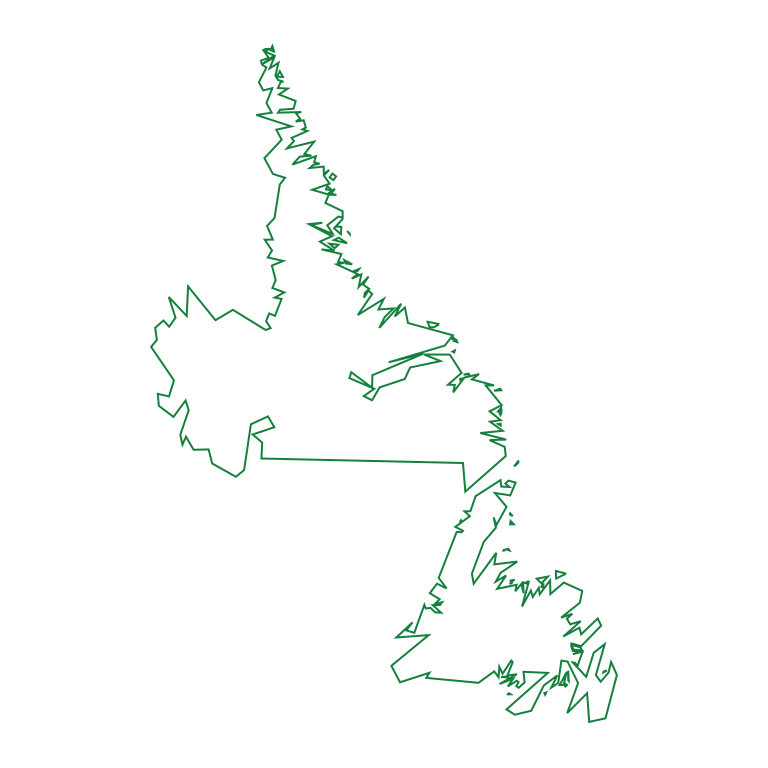 an SVG outline of Newfoundland and Labrador
{"feature_id": "CAN-686", "entity_name": "Newfoundland and Labrador", "entity_type": "Province", "adm_level": 1, "iso_a3": "CAN", "parent_name": "Canada", "parent_adm1": "", "projection": "orthographic", "projection_center": [-58.847, 53.496], "detail": "fine", "context": "isolated", "style": "outline", "palette": "green", "viewbox_px": 768, "rotation_deg": 0, "n_neighbors": 0, "source": "natural_earth", "source_scale": "10m", "svg_char_len": 6135}
<svg xmlns="http://www.w3.org/2000/svg" viewBox="0 0 768 768"><path d="M271.1,48.8L274.5,52.0L268.5,49.1L265.3,51.6L274.2,55.6L262.6,63.8L274.1,57.6L269.7,68.4L278.5,62.7L275.4,75.7L278.0,79.9L283.5,81.7L280.7,82.0L278.0,88.0L287.8,88.6L279.0,94.5L295.7,101.0L293.6,108.7L280.0,109.8L278.1,112.7L301.3,112.0L295.9,113.2L300.1,118.8L295.7,121.6L303.7,120.3L305.8,127.6L302.4,129.4L307.4,131.0L291.6,137.9L294.0,141.1L287.0,148.4L314.2,141.6L304.4,154.0L311.4,155.7L299.8,156.6L292.4,164.6L315.9,156.2L314.1,162.2L319.6,163.8L313.5,164.8L309.7,168.0L323.7,166.6L323.9,175.6L329.6,183.7L312.2,189.8L328.8,194.6L325.4,203.0L342.6,211.2L342.7,217.8L338.5,216.5L327.3,225.2L332.8,234.0L311.1,224.9L322.4,222.7L308.9,224.1L332.0,236.2L319.9,241.6L334.4,250.7L321.4,249.4L341.4,254.0L338.1,262.0L344.1,262.9L336.6,264.3L357.8,274.1L351.7,278.6L361.3,274.4L358.7,287.0L368.6,276.5L363.1,284.5L369.2,288.9L364.9,292.9L364.0,297.6L368.5,290.6L372.2,294.0L357.8,315.0L383.8,298.9L378.4,309.5L393.5,308.4L384.8,316.9L379.3,327.9L401.1,303.7L394.8,316.5L404.9,307.5L408.0,323.0L452.8,335.3L444.8,345.6L388.7,362.3L423.7,353.5L372.4,375.2L372.1,387.8L351.3,372.2L349.4,378.1L374.2,388.8L363.8,396.1L372.1,400.3L379.6,387.4L404.8,379.0L410.1,367.5L440.4,361.1L424.1,354.5L449.8,354.6L461.6,372.9L448.0,384.7L454.8,384.9L453.2,392.4L464.4,377.6L479.0,374.1L471.9,379.4L494.0,385.4L485.7,385.5L501.7,405.1L489.6,411.3L500.7,420.2L490.0,421.7L502.6,430.8L480.3,433.0L506.2,439.6L489.6,440.1L504.7,446.9L505.8,456.0L465.3,491.6L463.0,463.0L261.4,458.5L262.2,442.6L252.7,434.5L274.3,427.2L268.0,416.4L250.9,424.3L244.1,470.1L235.9,476.8L212.2,463.5L208.6,449.4L193.6,449.8L186.0,436.7L182.5,444.6L180.3,434.8L188.7,410.2L185.6,400.5L173.5,416.9L158.8,405.8L157.8,393.9L169.0,396.4L174.0,380.4L151.1,346.9L156.9,339.9L155.2,327.9L163.4,320.5L169.2,326.7L175.5,317.7L168.8,297.0L186.7,316.0L188.1,286.4L215.5,320.2L232.9,309.8L265.6,330.0L270.6,328.1L266.1,321.1L269.2,313.5L275.0,315.8L281.6,298.9L274.7,297.6L284.3,292.4L272.4,288.0L275.7,280.2L271.9,265.6L283.2,260.9L267.8,257.5L272.0,250.5L264.8,239.7L272.8,239.6L267.1,225.9L274.5,218.0L279.8,184.5L285.1,177.8L273.0,174.0L264.4,158.2L281.7,139.7L276.3,129.7L291.3,126.4L256.4,115.0L271.7,112.7L266.4,103.0L272.3,88.2L263.2,90.4L258.9,82.3L266.4,67.5L262.0,64.6L260.9,60.6L268.7,57.8L263.3,50.1L265.4,49.0L271.1,48.8ZM616.9,675.0L605.5,718.3L589.2,721.9L587.1,693.2L567.2,713.1L578.1,683.1L567.6,661.6L561.4,660.6L558.2,683.1L551.3,687.6L557.3,675.4L543.8,685.5L531.2,710.8L514.8,714.7L506.5,709.4L547.8,672.9L523.5,671.8L524.6,682.5L518.5,687.8L516.2,686.0L518.6,682.2L516.8,680.7L507.8,686.4L513.2,678.7L499.5,684.0L516.9,674.2L507.4,675.5L512.7,662.2L511.3,660.6L502.6,673.7L499.3,666.8L498.6,677.2L494.2,671.4L478.5,682.8L426.3,677.9L429.4,672.8L400.0,682.3L391.4,665.8L428.7,635.1L396.3,637.5L412.5,622.4L406.3,630.4L414.3,632.8L424.4,604.8L425.8,608.5L430.4,607.8L435.2,612.4L441.1,612.7L432.9,605.2L440.1,605.0L442.1,602.2L434.7,604.2L439.6,599.2L429.8,593.2L437.0,583.7L446.7,588.5L438.7,577.9L456.7,531.9L461.6,532.3L463.0,530.8L455.3,526.9L469.8,516.2L464.5,511.3L470.4,511.2L475.6,496.2L500.5,480.1L501.3,486.6L509.5,487.0L505.4,483.5L508.5,480.6L515.6,482.6L510.3,495.4L494.9,493.0L506.5,506.8L496.4,525.1L493.6,517.4L495.9,527.7L483.8,541.8L471.9,573.6L473.7,583.7L496.3,552.8L494.3,564.4L517.3,561.6L500.7,572.7L495.8,581.6L506.1,575.5L497.2,588.8L516.6,584.8L515.3,591.3L521.4,583.9L523.6,593.2L523.1,582.4L526.9,583.6L526.4,582.3L528.1,581.4L528.8,581.8L522.0,606.5L530.9,590.5L532.8,596.9L538.8,587.8L539.7,594.3L550.1,580.4L550.4,594.1L563.8,582.6L582.2,590.9L579.9,602.7L561.1,617.7L572.3,613.8L566.9,618.7L570.2,624.3L580.7,621.2L563.3,636.5L579.4,627.7L581.2,634.3L597.7,618.5L601.2,625.6L581.2,646.2L571.6,643.5L571.3,646.5L572.8,650.9L580.8,651.5L572.9,654.1L582.6,651.7L577.5,665.9L574.8,662.7L572.7,662.4L586.2,676.8L593.7,652.8L604.7,644.2L595.9,675.1L600.7,681.7L608.5,672.7L611.1,662.0L616.9,675.0ZM334.1,228.3L342.8,218.8L335.9,226.7L341.3,226.8L340.9,234.2L334.1,228.3ZM427.6,321.8L438.5,323.9L438.1,325.0L433.5,327.4L429.6,327.0L427.6,321.8ZM556.1,578.5L555.9,571.0L565.4,573.5L565.1,574.2L556.1,578.5ZM580.0,647.2L582.2,650.4L573.7,649.8L571.5,644.9L580.0,647.2ZM344.3,260.1L352.2,264.3L345.8,263.5L344.3,260.1ZM338.8,237.7L347.2,243.3L333.9,240.1L338.8,237.7ZM541.4,583.4L536.7,578.7L547.9,576.6L541.4,583.4ZM327.4,186.0L331.8,190.2L325.9,189.4L327.4,186.0ZM338.5,244.7L334.7,248.2L329.4,243.7L338.5,244.7ZM279.8,71.2L282.9,76.9L276.9,76.8L279.8,71.2ZM336.4,194.9L330.1,194.7L328.9,193.0L334.9,188.8L330.8,193.7L336.4,194.9ZM329.1,170.0L324.6,174.7L324.3,173.5L329.1,170.0ZM329.6,177.4L332.4,173.6L336.1,176.4L333.5,180.1L329.6,177.4ZM566.8,671.8L563.6,684.9L559.7,685.0L566.8,671.8ZM494.1,390.7L500.4,388.8L501.2,390.3L494.1,390.7ZM510.6,521.0L513.8,524.3L510.1,524.4L510.6,521.0ZM501.0,676.9L507.2,676.5L508.8,677.6L501.0,676.9ZM353.1,271.4L359.0,269.0L357.4,271.0L353.1,271.4ZM349.9,234.3L347.1,231.0L349.9,233.9L349.9,234.3ZM518.2,462.9L514.1,466.5L518.6,460.6L518.2,462.9ZM463.6,374.6L468.6,373.6L469.1,374.4L463.6,374.6ZM498.3,411.1L501.1,407.9L501.6,410.6L498.3,411.1ZM452.9,337.0L455.2,339.5L452.5,339.4L452.9,337.0ZM509.7,512.6L512.7,516.0L510.3,515.0L509.7,512.6ZM509.8,580.7L514.7,579.7L511.6,581.2L509.8,580.7ZM460.7,381.9L460.1,378.8L463.0,378.4L460.7,381.9ZM543.5,583.4L543.1,587.6L541.4,586.9L543.5,583.4ZM568.2,680.4L568.2,670.6L568.8,681.1L568.2,680.4ZM603.6,671.5L606.9,670.5L603.3,672.5L603.6,671.5ZM509.7,584.1L512.1,581.6L512.1,582.6L509.7,584.1ZM272.4,46.1L273.6,49.9L271.5,48.1L272.4,46.1ZM499.0,412.2L501.4,412.9L500.5,415.0L499.0,412.2ZM498.1,424.1L500.6,423.7L500.7,425.6L498.1,424.1ZM564.9,687.2L565.8,684.2L567.0,685.0L564.9,687.2ZM506.1,549.4L508.4,548.8L509.5,550.5L506.1,549.4ZM459.7,522.4L461.0,520.2L461.7,521.1L459.7,522.4ZM510.6,694.3L507.7,694.4L507.0,694.7L509.0,693.3L510.6,694.3ZM452.6,351.6L454.8,350.4L454.2,352.5L452.6,351.6ZM454.5,341.2L456.4,340.0L457.3,342.1L454.5,341.2ZM544.4,693.0L546.2,692.5L545.1,694.7L544.4,693.0ZM503.6,550.3L505.5,550.2L503.5,550.6L503.6,550.3Z" fill="none" stroke="#15803d" stroke-width="2"/></svg>